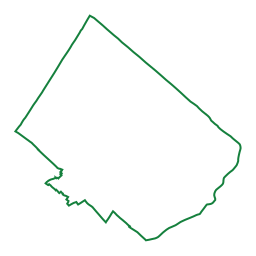 the district of North Gaza, Gaza Strip, Palestine
{"feature_id": "87354302B69236118899353", "entity_name": "North Gaza", "entity_type": "district", "adm_level": 2, "iso_a3": "PSE", "parent_name": "Palestine", "parent_adm1": "Gaza Strip", "projection": "natural_earth1", "projection_center": [34.487, 31.548], "detail": "fine", "context": "isolated", "style": "outline", "palette": "green", "viewbox_px": 256, "rotation_deg": 0, "n_neighbors": 0, "source": "geoboundaries", "source_scale": "gbopen_adm2", "svg_char_len": 4897}
<svg xmlns="http://www.w3.org/2000/svg" viewBox="0 0 256 256"><path d="M145.9,240.3L148.8,239.8L152.3,239.0L155.1,238.4L156.6,237.8L158.1,237.0L159.5,235.8L163.0,232.5L165.1,230.8L166.5,229.7L168.2,228.6L169.1,228.0L171.5,227.0L175.6,225.2L177.5,224.0L180.5,222.0L182.6,221.0L185.2,219.8L189.9,217.9L193.5,216.4L196.5,215.0L198.0,214.5L199.0,214.3L200.0,213.8L201.3,211.8L203.6,208.8L206.2,205.3L206.8,204.6L208.0,204.3L208.7,204.3L210.4,204.0L211.6,203.6L212.7,202.9L213.6,201.9L214.4,200.9L215.2,200.0L215.2,198.6L214.6,196.9L214.2,195.2L214.4,193.4L215.2,191.3L216.2,189.8L218.5,187.9L220.5,186.3L222.1,184.8L223.0,183.6L223.4,182.0L223.4,180.9L223.7,178.7L224.1,177.7L225.3,176.4L227.9,173.9L230.1,172.0L232.4,170.3L233.2,169.5L235.1,167.2L236.6,165.3L237.6,162.9L238.2,161.0L238.2,159.2L238.4,157.6L238.9,155.0L239.6,152.0L240.3,149.6L240.6,148.1L240.4,146.2L239.8,144.4L238.4,143.0L234.1,139.5L232.8,138.4L230.6,136.3L227.1,134.0L223.5,131.5L220.5,129.2L219.2,128.0L218.3,127.1L217.7,126.0L216.7,125.2L214.9,123.9L212.6,121.8L211.5,120.9L210.9,120.1L210.0,118.3L209.0,117.0L207.7,115.7L202.2,111.3L199.0,108.3L197.0,106.1L195.6,105.1L193.8,103.8L190.5,101.6L185.2,96.8L180.6,92.5L175.6,88.0L171.5,84.4L166.3,80.1L160.8,75.2L155.4,70.5L151.4,67.2L145.7,62.5L139.3,56.8L133.5,52.1L127.7,47.0L125.1,44.9L122.0,42.4L118.1,38.6L114.0,35.3L106.7,29.0L102.4,25.1L97.8,21.2L94.1,18.0L89.8,15.7L87.5,19.5L84.3,25.1L82.2,29.0L80.8,30.5L79.7,32.6L75.0,40.3L73.1,43.0L71.9,44.8L70.6,47.1L68.8,50.0L67.0,52.7L64.6,56.2L62.3,59.6L59.8,63.8L58.8,65.5L58.2,66.5L54.3,72.9L50.1,79.5L44.6,88.2L43.1,90.6L42.7,91.3L42.6,91.5L42.0,92.5L38.2,98.0L36.3,101.0L34.6,103.3L33.2,105.3L30.2,110.1L26.8,115.4L25.3,117.7L23.7,119.6L22.8,121.0L21.9,122.5L20.7,124.7L19.1,126.5L17.8,128.2L16.4,130.0L15.4,131.4L18.2,133.0L19.7,134.1L22.7,136.3L26.9,139.4L27.5,139.8L28.2,140.3L29.9,141.6L31.4,142.6L31.5,142.7L31.7,142.9L31.9,143.0L32.0,143.2L32.2,143.3L33.0,144.2L35.9,147.0L38.0,149.2L37.9,149.2L37.8,149.4L43.8,155.1L48.5,159.4L53.5,164.0L56.0,166.4L56.5,166.9L56.6,167.0L56.8,167.2L56.9,167.3L57.0,167.5L57.4,167.9L57.6,168.0L57.9,168.2L58.1,168.3L58.3,168.4L58.7,168.5L58.8,168.6L59.7,168.8L59.9,168.8L60.1,168.9L60.4,168.9L60.8,169.1L61.0,169.2L61.4,169.3L61.7,169.5L62.0,169.6L61.9,169.7L61.4,170.4L61.7,170.6L61.1,171.4L60.7,171.9L60.4,172.1L61.6,173.3L61.3,173.5L61.2,173.5L61.2,173.4L61.1,173.5L60.9,173.5L60.3,174.1L60.5,174.4L60.7,174.6L60.9,174.7L60.9,174.8L61.0,174.8L61.0,174.7L61.3,174.7L61.3,174.8L61.6,175.2L61.6,175.3L61.4,175.4L61.2,175.6L60.3,176.5L60.1,176.7L59.7,177.0L59.2,177.5L58.8,177.9L58.7,178.0L58.4,178.4L58.2,178.2L57.8,178.1L57.7,178.1L57.4,178.0L57.2,177.9L56.9,177.7L56.2,178.3L55.9,178.1L55.7,177.8L55.5,177.6L55.4,177.5L55.4,177.8L55.3,178.0L55.2,178.0L53.7,178.7L53.5,178.8L53.3,178.8L53.1,178.9L51.9,179.2L51.2,179.4L50.6,179.6L50.4,179.7L50.1,179.8L49.9,179.9L49.8,180.0L49.6,180.1L49.4,180.2L49.2,180.3L48.8,180.5L48.7,180.6L48.4,180.7L48.3,180.8L47.9,181.2L47.6,181.4L47.3,181.7L46.9,181.9L46.7,182.1L46.5,182.3L46.4,182.5L46.2,182.7L45.6,183.3L46.3,183.9L47.6,184.7L48.2,185.1L48.3,185.1L48.9,184.4L49.1,184.2L49.8,184.8L50.6,185.4L50.6,185.5L51.2,186.1L51.4,186.3L51.6,186.6L52.6,187.5L53.0,187.8L53.4,188.1L53.7,188.4L54.3,188.8L54.8,189.3L55.3,189.8L55.7,190.3L55.8,190.2L56.0,190.1L56.3,189.8L57.4,190.9L58.3,192.0L58.7,192.5L59.3,193.1L59.7,192.8L60.0,192.5L60.9,191.7L61.6,192.5L61.9,192.8L62.7,193.7L62.7,193.8L62.8,193.8L62.7,194.2L62.7,194.3L62.8,194.4L62.8,194.5L63.6,195.0L63.9,195.2L64.0,195.3L64.3,195.4L64.5,195.5L64.8,195.5L65.3,195.7L65.7,195.8L66.2,196.0L66.7,196.3L67.4,196.6L68.1,197.0L66.4,199.5L68.5,201.0L68.4,201.3L68.3,201.5L68.3,201.8L68.2,202.0L68.0,202.4L67.9,202.6L67.8,202.8L67.6,203.1L67.4,203.3L67.2,203.7L68.9,205.6L70.1,204.9L71.3,204.2L73.0,203.3L73.1,203.2L73.4,203.1L73.7,202.9L74.1,202.8L74.9,202.5L75.0,202.5L75.6,202.3L76.3,202.0L77.1,203.1L77.4,203.6L78.1,204.5L80.3,203.2L82.4,201.8L84.9,200.2L85.9,201.6L86.8,202.7L87.1,203.1L87.4,203.3L87.6,203.5L87.9,203.8L88.1,204.0L88.5,204.3L88.9,204.6L89.2,204.8L90.8,205.9L91.0,206.0L91.5,206.3L91.8,206.6L92.0,206.7L92.1,206.8L92.4,207.1L92.6,207.2L92.7,207.4L92.9,207.6L94.6,209.6L96.3,211.6L98.5,214.1L100.9,216.9L103.0,219.3L105.8,222.3L105.9,222.1L106.0,222.0L107.3,220.1L108.1,219.0L110.3,215.6L110.6,215.1L111.2,214.0L111.9,213.0L112.4,212.2L113.0,211.3L115.0,213.1L116.0,214.2L116.4,214.6L116.8,215.1L117.2,215.4L117.6,215.8L118.0,216.1L118.4,216.5L119.0,217.0L119.7,217.7L120.4,218.3L121.2,218.9L121.9,219.5L122.6,220.0L122.9,220.3L126.3,223.2L126.6,223.5L126.9,223.8L127.2,224.1L127.8,224.7L128.2,225.0L128.6,225.4L128.9,225.6L129.2,225.9L129.4,226.0L129.5,226.0L129.8,226.2L129.9,226.3L129.2,226.9L129.4,227.1L129.7,227.3L130.0,227.5L130.3,227.7L130.6,227.9L130.9,228.1L133.3,229.6L137.4,232.2L140.8,235.5L145.2,239.5L145.9,240.3Z" fill="none" stroke="#15803d" stroke-width="2"/></svg>